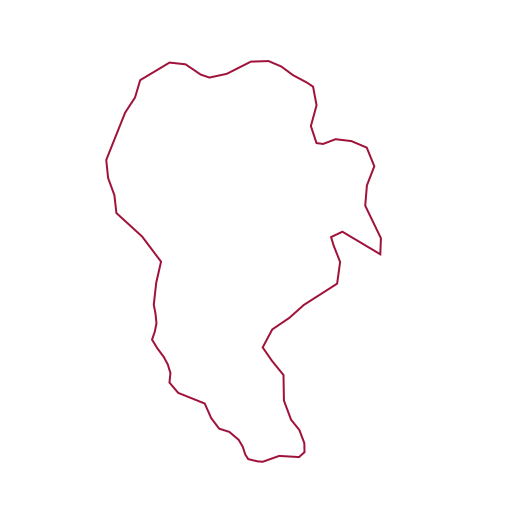 an SVG outline of Nevsehir, rotated 170°
{"feature_id": "TUR-2288", "entity_name": "Nevsehir", "entity_type": "Province", "adm_level": 1, "iso_a3": "TUR", "parent_name": "Turkey", "parent_adm1": "", "projection": "orthographic", "projection_center": [34.679, 38.876], "detail": "fine", "context": "isolated", "style": "outline", "palette": "rose", "viewbox_px": 512, "rotation_deg": 170, "n_neighbors": 0, "source": "natural_earth", "source_scale": "10m", "svg_char_len": 1028}
<svg xmlns="http://www.w3.org/2000/svg" viewBox="0 0 512 512"><g transform="rotate(170 256 256)"><path d="M307.6,461.5L292.1,457.0L278.9,444.2L270.8,439.8L253.1,440.5L227.3,448.3L209.8,445.8L198.3,438.3L188.2,427.7L175.7,417.9L170.4,412.8L170.2,393.9L179.4,374.4L176.8,356.7L170.5,354.7L157.4,357.2L142.1,352.6L128.1,343.5L123.9,323.8L134.5,306.3L139.7,286.6L129.9,251.8L133.3,236.1L166.7,264.9L178.8,261.6L177.7,252.7L174.2,235.5L180.9,214.7L217.4,199.5L233.9,189.3L252.7,180.9L265.3,164.8L258.4,149.8L249.6,134.0L253.6,108.8L249.9,88.7L243.5,77.1L240.9,63.3L242.3,54.4L248.5,50.5L267.9,55.1L285.0,52.2L289.9,53.4L298.9,57.3L301.0,62.2L302.2,70.5L305.0,78.0L312.8,87.4L322.3,92.4L328.3,104.2L332.1,119.6L356.4,134.7L363.2,146.4L360.6,155.6L361.7,164.5L364.4,172.7L369.1,182.0L372.9,191.7L368.9,198.9L365.7,207.0L365.0,216.5L365.1,225.9L358.9,247.0L350.5,266.9L364.8,295.0L386.0,322.5L384.9,340.6L388.1,358.4L386.8,376.6L360.0,419.9L347.6,433.1L339.5,449.3L307.6,461.5Z" fill="none" stroke="#9f1239" stroke-width="2"/></g></svg>